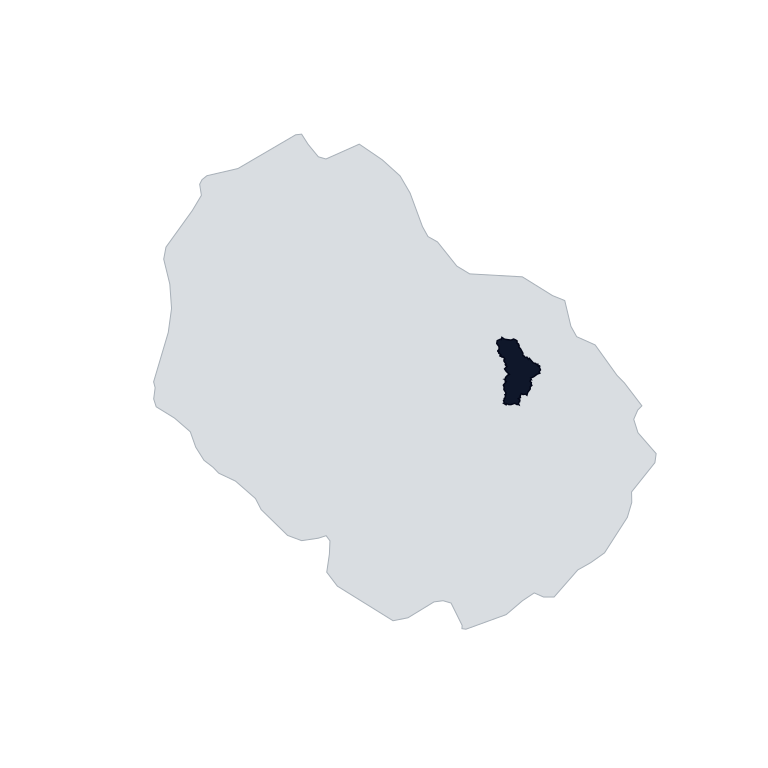 Mogila, Mogila, North Macedonia (highlighted), rotated 236°
{"feature_id": "65306769B16932285740052", "entity_name": "Mogila", "entity_type": "district", "adm_level": 2, "iso_a3": "MKD", "parent_name": "North Macedonia", "parent_adm1": "Mogila", "projection": "natural_earth1", "projection_center": [21.425, 41.178], "detail": "fine", "context": "in_parent", "style": "filled", "palette": "ink", "viewbox_px": 768, "rotation_deg": 236, "n_neighbors": 0, "source": "geoboundaries", "source_scale": "gbopen_adm2", "svg_char_len": 2513}
<svg xmlns="http://www.w3.org/2000/svg" viewBox="0 0 768 768"><g transform="rotate(236 384 384)"><path d="M349.0,212.0L360.9,213.4L386.5,206.6L402.5,197.1L410.6,195.7L421.4,192.1L436.9,192.6L452.7,196.7L472.8,191.3L492.5,182.4L500.4,184.7L508.9,192.2L514.6,194.2L547.4,234.0L565.4,250.1L586.6,262.3L610.7,271.2L619.4,279.8L635.0,322.1L642.5,338.1L652.7,342.9L655.2,347.5L655.7,353.7L644.3,383.4L640.0,450.1L637.2,455.4L625.1,455.1L609.1,456.6L603.0,461.7L596.7,497.6L570.9,507.9L547.5,513.7L527.7,512.4L493.0,503.9L481.6,502.9L471.9,507.8L441.0,510.3L427.4,516.6L395.5,558.6L363.1,573.1L352.1,580.5L327.3,571.2L315.5,570.2L298.3,580.9L260.8,582.0L250.6,583.9L221.7,585.6L220.5,579.8L215.1,571.3L201.6,567.3L174.1,570.7L167.3,564.6L156.1,528.9L147.3,523.2L137.4,511.2L120.7,472.4L120.3,455.5L121.5,440.7L112.3,405.9L118.1,397.2L126.8,391.7L126.9,377.7L124.5,356.4L134.9,314.8L137.6,311.8L140.2,313.8L164.9,317.1L171.3,311.8L175.4,303.6L176.8,273.1L182.7,259.1L242.5,232.3L260.0,231.3L273.5,243.6L284.2,251.5L290.6,251.2L292.9,243.3L300.2,228.1L312.4,219.4L348.7,211.9L349.0,212.0Z" fill="#d9dde1" stroke="#a8b0b8" stroke-width="1"/><path d="M320.8,519.2L324.1,518.8L323.8,517.4L326.3,517.5L327.1,515.7L328.8,515.8L330.0,515.0L331.9,516.4L337.2,516.9L338.8,516.4L340.7,517.7L341.3,517.4L342.0,517.9L343.7,517.2L345.3,518.4L346.8,517.8L348.8,516.6L349.3,513.9L353.7,509.0L356.7,507.8L355.3,506.3L356.0,505.7L356.6,502.1L354.5,500.1L350.7,500.3L348.3,498.7L348.0,497.0L347.3,496.6L346.7,497.3L345.4,496.4L343.1,497.2L342.5,495.8L341.9,496.1L342.0,496.8L340.2,496.9L340.2,497.5L339.3,498.1L337.2,498.2L337.1,497.2L336.0,496.3L332.2,496.3L332.1,495.3L329.7,495.6L329.1,492.4L326.1,492.4L321.9,493.3L322.2,491.6L321.5,488.5L320.2,487.2L320.4,486.7L319.9,487.0L318.8,486.1L317.7,486.7L316.3,482.3L314.4,482.0L312.3,480.3L308.6,480.2L306.9,478.7L307.3,478.3L306.2,478.1L304.7,476.4L304.8,475.6L303.7,474.8L303.4,473.8L301.1,473.5L301.2,472.4L298.5,473.6L299.1,474.8L297.2,475.9L295.9,477.8L294.9,481.6L292.5,482.8L292.2,483.8L291.3,484.3L292.8,484.7L293.6,485.7L293.4,486.4L294.7,487.7L296.7,487.1L296.4,489.5L297.9,490.1L299.2,492.4L297.5,493.4L296.6,495.6L294.8,496.2L296.7,498.4L298.1,502.4L299.9,503.6L300.2,505.8L301.7,505.9L302.8,507.0L304.4,506.5L305.8,508.3L305.4,508.6L307.0,508.9L306.3,512.0L306.5,516.8L305.8,519.2L307.5,519.5L308.2,521.6L311.6,522.3L311.7,523.1L312.1,523.1L312.6,521.9L314.4,522.6L314.8,521.4L316.3,521.2L317.7,519.6L320.8,519.2Z" fill="#0f172a" stroke="#020617" stroke-width="1.5"/></g></svg>